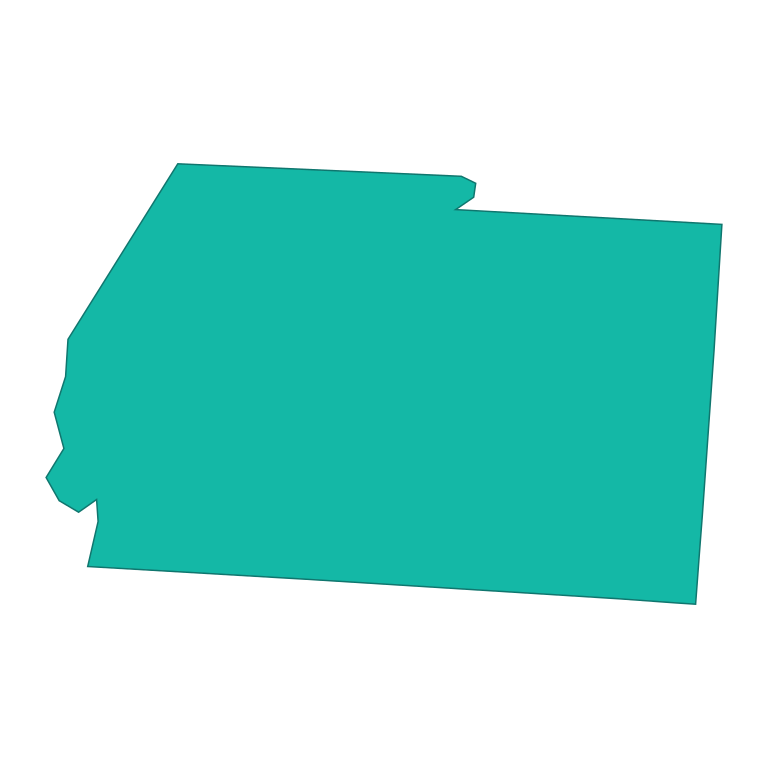 outline of Ross, Ohio, United States of America
{"feature_id": "52423323B5632937542361", "entity_name": "Ross", "entity_type": "district", "adm_level": 2, "iso_a3": "USA", "parent_name": "United States of America", "parent_adm1": "Ohio", "projection": "robinson", "projection_center": [-83.117, 39.342], "detail": "fine", "context": "isolated", "style": "filled", "palette": "teal", "viewbox_px": 768, "rotation_deg": 0, "n_neighbors": 0, "source": "geoboundaries", "source_scale": "gbopen_adm2", "svg_char_len": 409}
<svg xmlns="http://www.w3.org/2000/svg" viewBox="0 0 768 768"><path d="M87.7,566.5L303.7,579.1L619.2,598.8L675.7,602.9L695.6,604.2L699.4,553.4L702.3,515.9L714.0,351.0L721.9,224.4L455.6,209.6L473.7,197.2L475.7,183.3L461.3,176.3L177.8,163.8L68.0,339.3L65.6,376.6L54.2,412.2L63.9,448.5L46.1,477.5L59.2,500.7L78.6,512.2L96.6,499.5L98.1,521.5L87.7,566.5Z" fill="#14b8a6" stroke="#0f766e" stroke-width="1.5"/></svg>